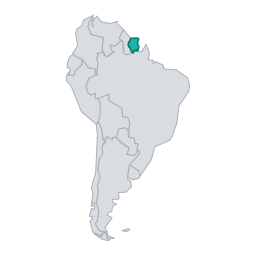 Suriname highlighted on a map of South America
{"feature_id": "SUR", "entity_name": "Suriname", "entity_type": "country or territory", "adm_level": 0, "iso_a3": "SUR", "parent_name": "South America", "parent_adm1": "", "projection": "equal_earth", "projection_center": [-56.071, 3.918], "detail": "fine", "context": "in_parent", "style": "filled", "palette": "teal", "viewbox_px": 256, "rotation_deg": 0, "n_neighbors": 12, "source": "natural_earth", "source_scale": "50m", "svg_char_len": 5662}
<svg xmlns="http://www.w3.org/2000/svg" viewBox="0 0 256 256"><path d="M106.5,232.8L108.6,236.0L114.5,238.3L107.0,238.7L106.5,232.8ZM129.5,164.8L127.5,178.5L130.6,181.3L131.6,186.4L125.9,192.2L118.5,192.5L119.1,198.2L117.8,199.3L112.2,199.4L112.7,202.4L116.3,204.0L112.4,206.8L111.8,211.4L107.9,212.9L107.4,215.1L112.0,217.8L104.9,227.6L107.4,232.0L99.3,231.1L95.2,223.7L97.3,220.6L98.8,210.6L96.1,203.0L98.4,191.6L97.2,185.7L99.9,177.8L97.7,168.6L99.4,158.9L102.6,153.7L102.0,145.7L104.7,144.0L107.2,136.5L112.1,139.8L113.1,137.0L116.0,137.2L121.2,143.5L129.0,147.9L127.0,154.5L134.3,155.4L138.3,149.2L139.5,153.8L129.5,164.8Z" fill="#d9dde1" stroke="#a8b0b8" stroke-width="1"/><path d="M106.5,232.8L107.0,238.7L110.5,238.8L108.2,240.6L102.1,239.2L93.6,233.4L101.6,236.6L103.0,233.6L106.5,232.8ZM98.3,121.8L101.4,128.1L103.3,140.1L105.5,140.4L102.0,145.7L102.6,153.7L99.4,158.9L97.7,168.6L99.9,177.8L97.2,185.7L98.4,191.6L96.1,203.0L98.8,210.6L97.3,220.6L95.2,223.7L99.3,231.1L106.5,231.9L101.8,233.5L100.8,236.1L92.8,231.8L90.1,221.9L92.9,216.9L89.4,216.1L91.5,208.6L94.2,209.6L94.8,203.4L93.2,202.6L92.8,206.4L91.3,206.0L92.8,193.8L91.5,187.2L95.7,172.0L97.4,135.0L96.3,124.4L98.3,121.8Z" fill="#d9dde1" stroke="#a8b0b8" stroke-width="1"/><path d="M122.3,230.7L128.0,228.6L129.7,229.9L126.2,231.6L122.3,230.7Z" fill="#d9dde1" stroke="#a8b0b8" stroke-width="1"/><path d="M129.5,164.8L139.0,170.8L140.4,173.0L138.9,178.4L133.0,179.9L127.6,176.9L129.5,164.8Z" fill="#d9dde1" stroke="#a8b0b8" stroke-width="1"/><path d="M139.9,176.4L139.0,170.8L129.5,164.8L139.5,153.8L139.5,151.1L137.0,149.8L137.9,144.0L135.1,143.8L134.1,138.3L128.6,137.4L129.7,123.8L127.7,117.3L122.7,117.1L121.8,108.4L108.8,100.6L108.9,94.2L101.3,98.7L95.3,98.7L95.4,93.3L90.9,95.3L88.1,93.2L86.0,86.3L88.8,78.3L96.7,74.8L97.9,63.4L96.4,57.5L98.5,55.9L96.9,53.3L102.9,52.1L104.2,55.4L108.2,56.6L114.0,51.6L111.6,50.5L110.2,44.9L114.7,46.0L121.0,40.8L123.0,41.5L123.0,49.6L125.5,54.7L133.6,52.9L133.6,50.5L141.7,51.8L146.0,44.4L149.5,53.2L148.4,59.7L153.1,60.3L153.2,63.9L155.2,61.5L163.0,65.0L163.8,69.0L176.0,69.7L187.6,77.8L189.8,85.6L188.6,91.5L179.0,105.9L176.9,122.8L172.1,136.8L169.3,140.4L154.7,146.9L151.3,159.7L139.9,176.4Z" fill="#d9dde1" stroke="#a8b0b8" stroke-width="1"/><path d="M98.0,98.5L108.9,94.2L108.8,100.6L121.8,108.4L122.7,117.1L127.7,117.3L129.7,123.8L128.8,130.1L125.5,127.9L118.6,128.9L116.4,137.9L113.1,137.0L112.1,139.8L107.2,136.5L103.3,140.1L101.4,128.1L98.3,121.8L100.3,104.1L98.0,98.5Z" fill="#d9dde1" stroke="#a8b0b8" stroke-width="1"/><path d="M96.7,74.8L88.8,78.3L86.0,86.3L88.1,93.2L90.9,95.3L95.4,93.3L95.3,98.7L98.0,98.5L100.3,104.1L99.8,118.0L96.3,124.4L81.3,111.5L70.7,85.1L66.7,81.3L66.2,76.4L69.1,71.6L68.8,75.2L73.6,75.7L75.6,70.2L81.7,65.0L82.8,59.6L88.3,67.7L96.3,69.2L94.6,72.8L96.7,74.8Z" fill="#d9dde1" stroke="#a8b0b8" stroke-width="1"/><path d="M104.7,54.9L102.9,52.1L96.9,53.3L98.5,55.9L96.4,57.5L97.9,63.4L96.7,74.8L94.6,72.8L96.3,69.2L88.3,67.7L82.8,59.6L76.7,58.0L72.6,53.4L77.5,45.7L75.7,33.6L76.9,29.0L81.7,25.7L83.8,19.9L93.1,15.4L87.9,26.8L91.3,34.5L103.5,37.7L102.2,49.3L104.7,54.9Z" fill="#d9dde1" stroke="#a8b0b8" stroke-width="1"/><path d="M121.0,40.8L114.7,46.0L110.2,44.9L111.6,50.5L114.0,51.6L106.1,56.8L102.2,49.3L103.5,37.7L91.3,34.5L87.9,26.8L89.0,22.2L91.6,18.1L93.3,17.5L91.2,24.2L93.3,26.8L93.0,20.3L96.9,16.1L101.5,21.8L110.1,23.5L118.1,21.2L115.8,22.3L123.6,29.6L119.2,38.1L121.0,40.8Z" fill="#d9dde1" stroke="#a8b0b8" stroke-width="1"/><path d="M132.1,52.6L126.8,54.9L123.9,53.0L123.0,41.5L119.2,38.1L123.6,29.6L130.5,38.1L128.1,44.9L132.1,52.6Z" fill="#d9dde1" stroke="#a8b0b8" stroke-width="1"/><path d="M82.1,60.0L81.7,65.0L75.6,70.2L73.6,75.7L68.8,75.2L70.5,68.9L67.3,67.5L67.4,63.2L69.6,56.7L72.9,54.5L82.1,60.0Z" fill="#d9dde1" stroke="#a8b0b8" stroke-width="1"/><path d="M128.0,130.8L128.6,137.4L134.1,138.3L135.1,143.8L137.9,144.0L136.6,152.8L134.3,155.4L127.0,154.5L129.0,147.9L116.4,137.9L118.6,128.9L125.5,127.9L128.0,130.8Z" fill="#d9dde1" stroke="#a8b0b8" stroke-width="1"/><path d="M138.4,40.3L138.2,40.5L138.0,40.9L137.7,41.5L137.6,41.9L137.6,42.1L137.6,42.5L137.7,43.1L137.7,43.4L137.7,43.6L137.7,43.9L137.8,44.3L137.9,44.5L137.9,44.9L138.2,45.5L138.3,45.7L138.6,46.0L138.8,46.5L138.8,46.8L138.8,47.1L138.7,47.4L138.4,48.1L138.4,48.7L138.4,49.2L138.3,49.4L138.2,49.7L137.8,50.6L137.6,50.8L137.4,51.1L137.2,51.1L137.0,50.9L136.9,50.7L136.6,50.7L136.4,50.5L136.3,50.3L136.3,50.1L136.2,50.2L136.0,50.3L135.9,50.4L135.7,50.3L135.4,50.5L135.2,50.7L134.5,50.8L134.3,50.8L133.8,50.5L133.7,50.4L133.6,50.5L133.5,50.9L133.4,51.0L133.2,51.2L133.2,51.4L133.4,51.4L133.5,51.7L133.7,51.9L133.8,52.1L133.8,52.4L133.7,52.7L133.6,52.8L132.9,52.7L132.5,52.5L132.3,52.5L132.2,52.4L131.9,52.2L131.7,52.1L131.5,51.9L131.4,51.5L131.3,51.3L131.2,51.1L131.1,50.9L131.0,50.6L131.0,50.4L130.9,50.4L130.8,50.1L130.7,49.9L130.6,49.6L130.5,49.3L130.4,49.2L130.3,48.8L130.3,48.7L130.3,48.4L130.2,48.2L130.1,47.9L130.1,47.4L129.8,47.4L129.7,47.4L129.4,47.4L129.2,47.3L129.2,47.2L129.2,46.9L129.0,46.6L128.7,46.3L128.6,45.9L128.5,45.6L128.2,45.1L128.1,44.8L128.1,44.5L128.2,44.3L128.4,43.9L128.5,43.5L128.5,43.3L128.6,43.1L128.7,42.7L128.5,42.4L128.5,42.2L128.7,41.8L128.8,41.8L128.9,41.7L129.0,41.6L129.4,41.5L129.8,41.5L130.0,41.5L130.1,41.4L130.1,41.2L130.3,40.9L130.3,40.7L130.2,40.7L130.1,40.4L130.1,40.2L130.2,39.8L130.4,39.6L130.5,39.3L130.5,38.9L130.6,38.6L130.8,38.2L131.0,38.0L132.3,38.2L132.9,38.4L133.7,38.7L133.8,39.1L133.8,38.7L133.8,38.4L134.0,38.1L134.5,38.0L135.2,38.2L135.8,38.0L136.6,38.0L137.9,38.3L138.5,38.5L138.7,39.0L138.7,39.4L138.6,39.8L138.4,40.3Z" fill="#14b8a6" stroke="#0f766e" stroke-width="1.5"/></svg>